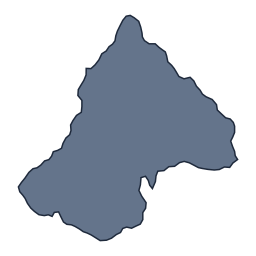 the district of Argirita, Minas Gerais, Brazil
{"feature_id": "56859067B34459368726080", "entity_name": "Argirita", "entity_type": "district", "adm_level": 2, "iso_a3": "BRA", "parent_name": "Brazil", "parent_adm1": "Minas Gerais", "projection": "mercator", "projection_center": [-42.832, -21.628], "detail": "fine", "context": "isolated", "style": "filled", "palette": "slate", "viewbox_px": 256, "rotation_deg": 0, "n_neighbors": 0, "source": "geoboundaries", "source_scale": "gbopen_adm2", "svg_char_len": 1773}
<svg xmlns="http://www.w3.org/2000/svg" viewBox="0 0 256 256"><path d="M237.6,159.5L235.2,155.7L234.6,151.4L232.6,146.6L230.7,141.1L232.7,137.1L234.6,132.4L234.6,126.2L233.3,122.4L230.2,119.0L225.6,117.8L221.3,113.8L217.3,110.0L216.5,104.6L212.2,99.5L206.1,96.8L202.4,94.1L200.1,90.2L196.4,86.2L193.8,80.9L190.1,77.3L184.0,78.8L178.9,76.5L176.5,72.4L174.2,68.6L171.6,65.3L167.8,61.8L166.6,55.8L165.3,51.9L162.0,49.6L158.8,47.2L155.2,43.8L149.1,43.8L144.4,40.6L142.4,37.0L142.0,33.0L140.7,27.1L138.7,21.3L134.1,17.7L130.2,15.4L126.2,16.2L122.9,20.2L120.1,25.6L117.4,31.1L115.8,35.9L115.0,40.8L112.5,44.2L109.1,46.6L106.2,51.0L101.8,53.8L98.9,59.9L95.1,64.8L91.0,68.6L86.2,68.4L86.1,74.9L83.8,80.5L81.1,84.9L78.3,89.6L77.9,95.5L81.9,100.4L81.9,106.6L81.3,112.3L76.5,115.4L73.0,120.5L70.6,125.0L71.0,130.5L69.7,134.7L65.9,138.0L63.0,143.4L61.5,148.3L57.6,150.4L53.3,151.7L51.6,156.2L48.9,159.6L44.6,160.9L40.7,165.2L37.0,167.8L33.0,168.7L28.9,172.4L24.9,178.2L21.4,182.5L18.4,186.9L19.8,191.8L22.8,195.2L25.1,198.4L27.5,203.4L30.8,208.1L34.4,211.4L38.9,214.7L44.3,215.6L48.3,214.8L52.1,216.4L54.3,212.4L58.6,211.9L60.9,216.8L63.5,222.0L66.8,224.3L71.4,224.8L75.0,226.4L79.3,228.9L83.3,231.7L87.1,233.0L91.1,234.9L95.1,237.4L100.2,240.6L106.5,240.2L111.5,238.2L116.4,234.5L120.5,232.5L122.7,228.5L126.6,227.1L131.6,228.2L135.7,226.2L140.3,224.1L142.8,219.6L142.8,212.6L145.6,208.3L146.1,202.7L141.7,196.2L138.9,190.4L140.4,184.8L141.0,177.6L145.5,176.3L148.3,180.5L149.7,185.2L152.4,188.6L155.4,181.6L156.0,175.9L157.8,171.2L164.0,170.6L168.8,166.7L174.6,166.3L179.6,162.6L184.2,161.4L189.3,162.8L193.9,165.2L198.4,167.6L202.5,168.5L208.0,169.4L214.3,170.0L219.3,169.5L224.4,167.0L229.7,167.4L232.9,163.0L237.6,159.5Z" fill="#64748b" stroke="#1e293b" stroke-width="1.5"/></svg>